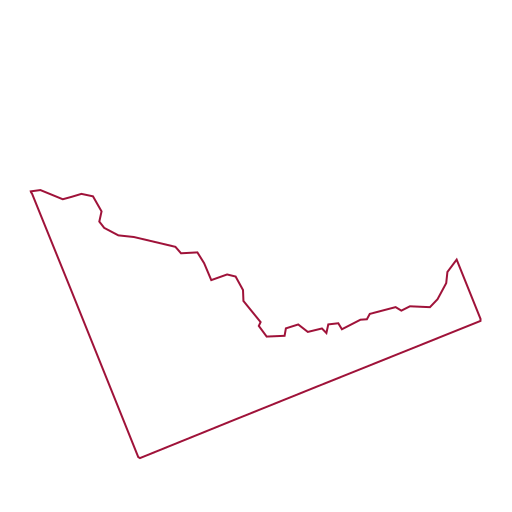 outline of McClain, Oklahoma, United States of America, rotated 338°
{"feature_id": "52423323B26439939384184", "entity_name": "McClain", "entity_type": "district", "adm_level": 2, "iso_a3": "USA", "parent_name": "United States of America", "parent_adm1": "Oklahoma", "projection": "robinson", "projection_center": [-97.344, 35.096], "detail": "fine", "context": "isolated", "style": "outline", "palette": "rose", "viewbox_px": 512, "rotation_deg": 338, "n_neighbors": 0, "source": "geoboundaries", "source_scale": "gbopen_adm2", "svg_char_len": 816}
<svg xmlns="http://www.w3.org/2000/svg" viewBox="0 0 512 512"><g transform="rotate(338 256 256)"><path d="M440.7,334.5L427.5,342.5L422.2,352.4L408.1,364.1L398.1,368.6L379.9,360.3L370.3,361.1L366.3,355.7L339.8,352.3L335.1,356.2L329.0,354.2L308.2,356.1L307.1,349.2L297.4,346.5L292.4,353.8L290.0,347.9L275.6,345.8L269.5,335.3L256.6,334.3L252.6,340.7L235.7,334.7L232.4,321.9L235.5,319.0L227.5,293.0L231.2,282.7L229.4,267.4L222.3,262.3L205.5,261.6L205.2,243.2L203.0,230.7L187.5,225.4L184.7,217.3L149.8,192.6L136.1,185.3L125.8,173.1L123.6,165.4L129.5,156.8L127.2,139.6L117.4,133.0L107.5,132.1L98.1,131.0L80.8,114.1L71.4,111.7L71.3,112.6L71.7,114.4L71.7,139.4L71.8,217.4L71.6,356.4L71.5,398.3L72.7,399.9L169.5,399.8L263.2,399.9L439.8,400.3L440.6,398.5L440.7,334.5Z" fill="none" stroke="#9f1239" stroke-width="2"/></g></svg>